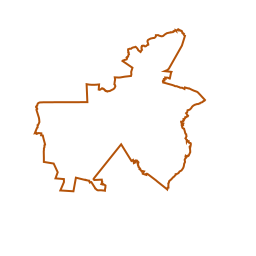 Oriental, Puebla, Mexico (Robinson projection), rotated 65°
{"feature_id": "50627088B61096049889972", "entity_name": "Oriental", "entity_type": "district", "adm_level": 2, "iso_a3": "MEX", "parent_name": "Mexico", "parent_adm1": "Puebla", "projection": "robinson", "projection_center": [-97.583, 19.328], "detail": "fine", "context": "isolated", "style": "outline", "palette": "amber", "viewbox_px": 256, "rotation_deg": 65, "n_neighbors": 0, "source": "geoboundaries", "source_scale": "gbopen_adm2", "svg_char_len": 5536}
<svg xmlns="http://www.w3.org/2000/svg" viewBox="0 0 256 256"><g transform="rotate(65 128 128)"><path d="M56.7,94.6L57.6,95.1L58.9,95.4L59.2,95.7L59.4,95.8L59.7,95.5L60.0,95.5L60.7,96.0L61.6,95.9L61.7,96.0L61.9,96.7L62.1,96.9L62.6,97.3L63.3,97.7L63.3,99.1L63.4,99.3L63.7,99.1L64.0,99.1L64.9,99.8L65.2,100.2L65.1,101.2L64.8,102.5L64.9,103.4L64.7,104.4L64.9,104.7L75.3,98.5L78.6,101.5L79.3,101.7L81.0,102.4L82.1,103.3L80.1,109.3L78.9,113.7L78.4,115.0L76.5,118.6L78.8,119.3L80.0,120.2L82.7,121.9L83.4,121.6L84.8,121.8L85.1,122.1L86.2,123.5L86.6,124.7L86.7,127.9L86.7,128.3L86.8,128.7L86.7,129.2L86.4,129.8L86.3,130.7L85.9,131.2L86.1,131.4L85.4,132.2L85.2,132.0L84.5,132.9L84.2,133.0L83.6,132.9L82.1,134.1L81.9,133.8L81.0,134.7L81.5,136.8L81.4,137.6L80.8,138.3L76.3,135.8L75.2,138.9L73.6,142.5L72.3,144.8L70.8,147.0L87.4,153.9L69.1,193.4L67.5,197.3L67.5,198.8L67.8,199.4L68.1,199.9L69.4,200.9L69.3,201.4L69.9,201.9L70.0,202.4L70.4,202.5L71.1,202.2L71.6,202.4L71.9,202.1L72.4,202.2L72.8,203.3L81.0,204.4L82.2,204.7L85.2,205.8L87.3,208.2L87.2,208.7L89.3,209.7L89.5,210.5L93.3,214.6L93.6,213.0L93.8,212.9L94.7,213.3L94.8,213.0L94.7,212.6L94.8,212.2L94.7,211.8L94.9,210.9L95.3,210.4L96.2,208.8L97.4,209.3L97.9,209.8L98.8,208.4L101.1,208.9L107.8,210.1L108.1,210.2L108.3,211.0L110.0,211.8L110.9,212.8L112.4,213.5L113.5,214.2L119.6,216.9L123.2,218.6L128.8,210.4L138.4,210.4L143.0,215.0L147.2,207.7L149.9,208.9L152.0,211.2L156.0,215.7L162.3,204.2L151.0,196.2L157.3,188.4L157.1,188.3L158.6,186.6L159.3,185.5L159.6,185.7L160.3,185.7L161.2,185.6L161.0,185.2L161.1,184.9L161.5,184.1L167.7,183.3L168.7,183.2L168.9,183.3L169.2,183.0L170.7,182.5L171.8,181.6L172.9,179.0L174.3,176.6L175.1,175.4L173.7,174.7L172.5,173.7L172.4,173.7L170.6,172.7L169.9,173.1L169.2,173.7L167.5,174.5L168.4,175.0L167.6,175.9L167.3,175.5L166.9,175.2L165.9,174.1L165.6,174.0L165.4,174.2L163.7,173.6L160.9,180.5L160.2,180.8L159.7,180.8L159.4,180.4L158.7,179.1L139.9,141.1L159.3,138.8L159.1,137.0L160.3,137.3L160.6,136.9L161.4,136.9L161.7,137.3L162.3,137.5L162.3,135.9L160.6,135.6L160.6,134.8L160.7,134.7L161.2,134.7L161.2,133.9L162.5,133.9L162.8,133.8L162.5,133.3L163.5,133.0L164.4,133.8L164.5,134.4L166.0,134.4L166.4,134.5L166.5,134.8L168.2,134.6L168.3,134.8L169.8,134.2L170.2,134.9L171.5,134.2L173.0,134.0L172.8,133.5L174.1,131.8L175.4,133.9L175.7,134.0L178.2,131.3L177.3,130.9L177.4,130.2L178.3,129.5L187.4,124.7L188.8,124.1L200.0,118.5L200.3,118.4L199.9,118.0L198.9,117.3L199.1,116.5L198.0,116.1L195.7,115.0L195.2,114.9L194.9,114.1L193.6,113.2L193.6,112.9L193.2,112.1L193.0,111.0L192.8,110.7L192.8,110.4L191.7,107.9L191.6,107.0L191.4,106.3L190.9,105.6L190.4,104.0L190.1,104.0L190.3,103.4L190.2,101.3L189.2,99.7L189.1,97.6L188.5,96.4L187.4,94.7L186.9,94.2L186.1,93.5L183.9,92.0L183.4,91.2L183.0,90.8L182.4,90.5L180.8,90.1L180.2,89.5L179.7,88.3L179.3,87.9L178.8,88.1L178.5,88.1L178.4,88.0L178.1,87.9L178.2,87.6L178.4,87.5L178.4,87.3L178.1,87.2L178.5,87.0L178.5,86.8L178.3,86.7L178.2,86.5L178.2,86.1L178.4,85.6L178.6,85.6L178.5,85.4L178.8,85.2L178.7,84.7L176.2,81.8L174.8,81.2L172.8,80.5L172.1,80.5L172.0,80.4L172.0,80.1L171.6,80.1L171.7,79.7L171.1,79.3L170.8,79.4L170.7,78.9L170.3,78.8L170.0,78.3L169.7,78.1L169.0,77.9L168.5,77.6L168.1,77.7L167.3,78.8L167.0,78.8L166.5,79.1L166.1,79.1L165.6,78.6L164.5,79.8L165.0,80.4L164.2,80.1L163.7,79.7L163.5,79.9L161.6,80.3L161.1,79.4L160.0,78.5L160.0,78.4L159.0,78.2L158.3,77.9L157.5,78.3L157.1,78.3L153.7,77.7L152.6,77.7L152.3,77.5L151.9,77.8L151.6,78.2L151.1,78.5L150.5,78.6L149.9,78.4L148.4,78.2L148.7,77.1L147.9,77.1L147.8,76.4L147.6,76.2L147.3,77.2L146.8,77.2L146.8,77.5L146.2,77.4L144.8,77.3L144.7,77.2L145.2,76.5L145.5,75.3L144.9,74.6L144.4,74.7L144.3,73.7L143.9,73.4L143.7,73.1L143.4,73.3L143.4,73.2L143.3,72.8L143.2,72.1L142.7,71.7L142.9,71.6L142.8,70.9L142.6,71.0L142.4,69.9L142.7,69.0L142.3,68.4L141.0,68.8L140.5,68.8L139.1,69.1L138.7,67.7L137.1,66.5L137.4,65.0L137.4,64.1L136.8,62.5L135.7,60.7L135.3,59.1L135.2,57.4L135.3,57.2L135.3,56.6L135.4,56.2L135.4,55.7L135.6,55.0L135.9,54.5L135.9,53.7L136.1,52.5L135.9,52.3L135.8,51.5L136.0,49.5L135.7,49.0L135.5,48.2L135.6,47.2L135.2,46.4L126.2,49.3L124.9,49.8L124.2,50.3L121.6,52.9L121.3,53.1L120.4,53.9L117.8,56.0L117.8,56.4L115.3,59.3L116.5,60.3L114.4,61.9L113.5,63.7L112.7,64.2L111.9,65.2L111.4,65.5L110.6,66.4L110.1,67.5L109.8,67.8L109.2,68.2L107.9,69.5L102.1,76.3L101.7,76.9L101.2,76.8L101.4,76.5L99.9,76.1L100.3,74.9L98.8,74.6L99.3,73.1L98.0,72.9L99.1,70.9L99.5,70.4L100.6,69.5L100.5,69.3L100.7,69.1L96.3,65.8L95.5,64.9L92.0,70.7L92.1,67.7L91.5,65.9L76.1,44.3L68.5,37.4L68.0,37.8L67.0,38.0L66.0,38.1L65.9,37.7L64.9,38.3L64.6,38.6L64.1,38.3L62.7,38.3L62.0,39.0L62.0,39.4L61.4,39.6L61.3,39.8L61.2,40.3L60.8,40.1L60.5,40.5L60.2,40.6L59.8,40.6L59.7,40.8L60.2,42.5L60.0,42.8L60.1,43.1L59.8,43.3L60.3,43.4L59.4,43.8L59.5,45.3L59.8,45.4L59.6,46.0L60.0,46.3L60.1,46.8L59.5,48.4L59.3,48.7L59.5,49.0L59.2,49.5L58.5,52.7L58.8,55.1L59.4,57.1L59.4,57.7L59.1,58.8L58.5,59.6L58.2,59.9L57.6,60.7L56.8,61.2L56.6,61.4L55.7,63.5L56.6,63.9L57.2,64.8L57.4,65.6L57.5,66.1L57.3,66.6L57.1,67.0L56.5,69.7L56.6,72.2L56.8,72.9L57.1,73.3L57.8,73.8L60.4,74.2L60.9,74.3L61.1,74.4L61.0,75.8L61.4,77.1L61.4,77.6L60.9,78.5L60.2,78.7L60.1,79.0L59.8,79.3L59.6,79.7L59.7,80.3L59.9,80.6L59.7,80.8L60.0,81.0L60.3,81.6L61.0,81.8L61.4,82.1L62.0,82.1L62.3,82.3L62.5,82.2L62.8,82.3L63.1,82.3L63.2,82.8L63.7,83.5L64.4,84.5L63.5,85.0L61.9,85.8L61.4,85.9L61.1,85.8L59.7,86.0L57.8,86.7L57.6,86.8L57.5,88.2L57.2,89.0L57.1,90.4L57.5,91.8L57.1,92.5L56.9,92.8L56.7,94.6Z" fill="none" stroke="#b45309" stroke-width="2"/></g></svg>